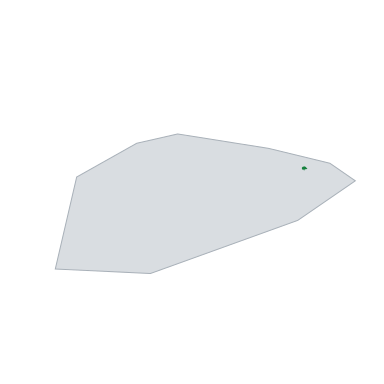 location of Grande Riviere/Postlewaithe, Gros Islet, Saint Lucia, rotated 68°
{"feature_id": "8701671B10801688655736", "entity_name": "Grande Riviere/Postlewaithe", "entity_type": "district", "adm_level": 2, "iso_a3": "LCA", "parent_name": "Saint Lucia", "parent_adm1": "Gros Islet", "projection": "natural_earth1", "projection_center": [-60.952, 14.042], "detail": "fine", "context": "in_parent", "style": "filled", "palette": "green", "viewbox_px": 384, "rotation_deg": 68, "n_neighbors": 0, "source": "geoboundaries", "source_scale": "gbopen_adm2", "svg_char_len": 647}
<svg xmlns="http://www.w3.org/2000/svg" viewBox="0 0 384 384"><g transform="rotate(68 192 192)"><path d="M252.0,261.1L212.2,347.6L134.9,293.3L126.1,225.0L132.8,183.6L180.2,104.7L217.0,53.4L242.8,36.4L257.9,104.5L252.0,261.1Z" fill="#d9dde1" stroke="#a8b0b8" stroke-width="1"/><path d="M212.9,77.4L211.5,78.0L211.4,78.1L211.1,78.4L211.0,78.8L210.9,79.8L211.0,79.9L211.0,80.0L211.1,80.3L211.3,80.3L211.4,80.5L211.5,80.5L211.8,80.6L211.9,80.4L212.0,80.4L212.0,80.2L212.3,79.9L212.4,79.7L212.4,79.4L212.5,79.4L212.4,79.3L212.4,79.2L212.5,78.7L212.6,78.4L212.7,78.1L212.9,77.5L212.9,77.4Z" fill="#22c55e" stroke="#15803d" stroke-width="1.5"/></g></svg>